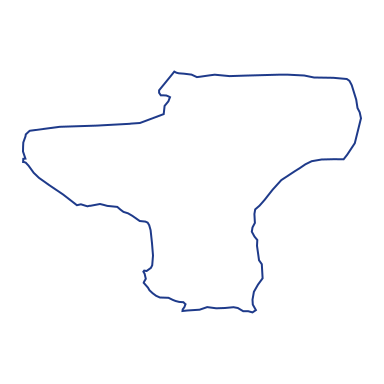 Chedepo, River Gee, Liberia
{"feature_id": "62588387B99879349198662", "entity_name": "Chedepo", "entity_type": "district", "adm_level": 2, "iso_a3": "LBR", "parent_name": "Liberia", "parent_adm1": "River Gee", "projection": "robinson", "projection_center": [-8.027, 5.46], "detail": "fine", "context": "isolated", "style": "outline", "palette": "blue", "viewbox_px": 384, "rotation_deg": 0, "n_neighbors": 0, "source": "geoboundaries", "source_scale": "gbopen_adm2", "svg_char_len": 2092}
<svg xmlns="http://www.w3.org/2000/svg" viewBox="0 0 384 384"><path d="M143.7,282.8L144.6,283.8L148.0,287.7L149.5,290.3L152.6,293.2L156.1,295.8L159.9,297.5L168.5,297.8L172.8,299.9L175.6,301.0L179.1,301.9L181.7,302.1L183.4,302.2L185.1,303.9L185.5,304.2L184.4,307.1L182.7,309.4L182.5,311.0L187.2,310.5L199.6,309.7L207.2,307.1L209.4,307.4L216.3,308.3L224.9,308.0L233.5,307.2L237.8,308.0L243.2,311.2L248.2,311.2L252.5,312.4L255.9,310.1L252.8,304.6L252.5,299.7L253.9,291.8L256.4,287.4L258.0,284.6L262.6,278.3L261.8,264.2L260.9,262.9L260.6,262.5L259.0,260.2L258.9,259.3L257.0,245.8L257.3,240.0L254.5,236.6L251.8,231.7L252.5,227.4L254.9,222.9L254.4,214.0L255.2,209.4L259.5,205.7L264.6,199.9L267.8,195.8L272.7,189.6L281.3,180.1L295.3,170.9L299.8,168.1L305.4,164.3L311.7,161.2L321.6,159.5L334.0,159.2L343.6,159.3L347.2,154.7L354.8,143.2L357.8,131.1L360.0,122.2L360.7,119.3L361.0,118.4L359.7,112.3L357.5,108.0L356.2,99.6L351.8,85.4L351.4,84.5L349.4,80.8L346.8,79.0L333.3,77.8L314.0,77.5L304.2,75.5L288.3,74.7L285.2,74.7L278.3,74.7L245.3,75.6L230.1,76.1L229.4,76.1L214.7,74.7L210.0,75.3L200.2,76.7L196.9,77.1L191.5,74.6L184.1,73.7L178.8,73.3L176.4,72.7L174.3,71.6L172.0,74.5L160.9,88.1L159.1,90.3L159.1,92.8L160.8,95.3L162.0,95.3L162.8,95.3L166.3,95.5L168.5,96.4L170.0,97.2L169.3,98.9L168.4,101.3L164.6,105.9L163.7,114.1L162.9,114.4L145.3,121.0L139.9,123.0L131.0,123.6L129.8,123.8L104.0,125.2L97.0,125.6L59.8,126.8L59.0,126.9L30.3,130.7L29.7,130.8L29.0,131.4L25.8,134.4L25.5,136.3L23.3,142.5L23.1,146.6L23.0,151.5L25.4,158.6L23.3,158.8L23.1,162.0L24.3,162.1L25.8,162.7L26.9,163.9L28.5,165.6L33.7,172.8L38.9,177.8L49.3,185.2L63.1,194.5L76.9,205.2L79.6,204.6L80.9,204.3L85.4,205.7L87.5,206.3L89.4,205.8L90.4,205.8L100.0,204.0L103.7,204.9L107.3,205.9L109.4,206.1L117.3,206.9L120.3,209.5L122.0,210.8L123.5,211.9L128.0,213.3L132.3,215.8L139.7,221.0L145.4,221.6L147.6,222.6L148.3,223.6L148.4,223.9L149.2,225.2L150.6,230.2L152.0,243.2L153.0,255.6L152.2,265.3L150.9,267.9L146.6,271.0L144.2,270.6L143.4,271.7L144.6,273.7L145.8,278.8L144.1,281.7L143.7,282.8Z" fill="none" stroke="#1e3a8a" stroke-width="2"/></svg>